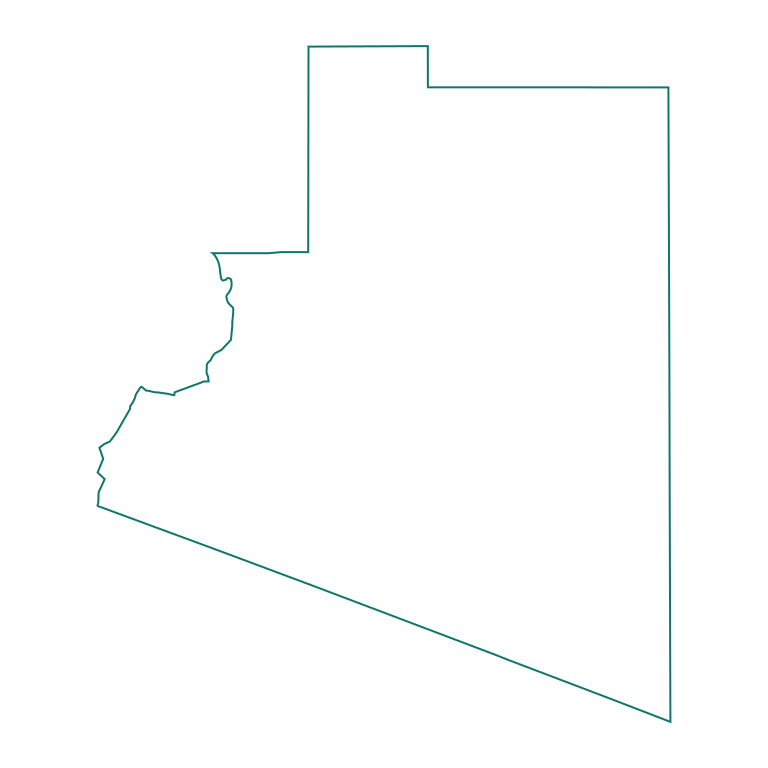 Yuma, Arizona, United States of America
{"feature_id": "52423323B36944168134022", "entity_name": "Yuma", "entity_type": "district", "adm_level": 2, "iso_a3": "USA", "parent_name": "United States of America", "parent_adm1": "Arizona", "projection": "natural_earth1", "projection_center": [-114.473, 32.752], "detail": "fine", "context": "isolated", "style": "outline", "palette": "teal", "viewbox_px": 768, "rotation_deg": 0, "n_neighbors": 0, "source": "geoboundaries", "source_scale": "gbopen_adm2", "svg_char_len": 1401}
<svg xmlns="http://www.w3.org/2000/svg" viewBox="0 0 768 768"><path d="M212.6,253.2L213.2,253.7L214.6,255.2L216.6,258.2L217.9,261.0L219.1,264.4L220.0,270.3L220.6,275.7L221.2,278.5L221.7,279.6L222.8,280.5L223.4,280.5L226.2,279.5L226.5,278.7L228.2,278.0L230.2,278.6L230.9,279.4L231.5,282.0L231.6,284.9L231.4,287.0L230.9,288.7L230.2,290.3L229.0,292.3L227.3,294.4L226.4,296.1L226.4,297.0L227.1,300.3L228.0,302.5L229.1,303.9L232.7,307.4L233.0,308.1L233.3,309.9L233.2,312.8L232.2,323.4L232.2,323.5L232.3,325.6L231.0,339.7L228.3,342.7L221.3,350.0L220.4,350.5L220.2,350.6L215.0,353.3L213.0,355.6L211.4,358.4L211.1,359.4L210.5,360.3L207.8,362.8L207.1,364.1L206.8,365.2L206.7,369.4L206.5,372.0L206.7,373.3L208.0,376.6L208.6,381.4L203.9,381.5L174.7,392.3L174.3,394.5L174.3,395.0L173.3,395.1L167.7,393.8L157.9,392.4L157.6,392.4L154.3,392.2L150.6,391.3L150.0,391.1L147.8,390.7L146.1,390.6L142.2,387.2L141.5,386.8L141.0,386.9L139.5,388.7L136.1,394.1L135.6,395.3L134.9,398.2L134.1,399.6L132.9,402.3L130.1,406.4L130.1,408.6L130.0,409.0L116.6,432.4L109.9,441.5L104.0,444.2L99.4,447.7L103.2,458.9L97.6,472.5L104.7,479.1L98.6,492.4L98.3,503.2L97.6,504.6L97.7,506.0L218.7,550.6L315.4,586.7L496.9,655.4L508.9,660.2L608.7,698.1L670.4,721.9L669.7,500.9L669.4,376.3L669.0,255.1L668.4,87.4L427.9,87.3L427.8,46.1L308.5,46.6L308.2,252.1L281.1,252.1L268.7,253.2L212.6,253.2Z" fill="none" stroke="#0f766e" stroke-width="2"/></svg>